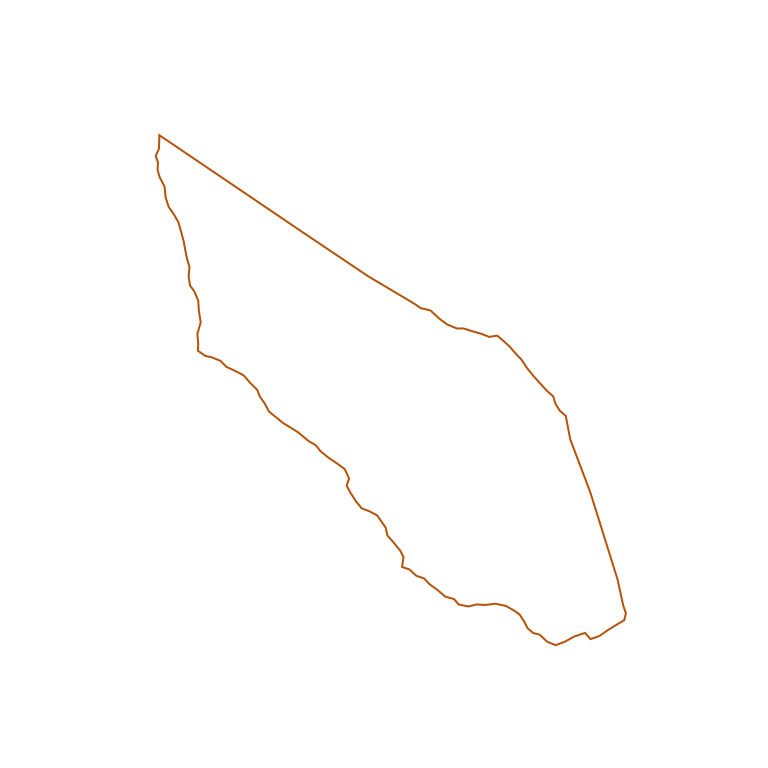 outline of Santanópolis, Bahia, Brazil, rotated 321°
{"feature_id": "56859067B97694187874287", "entity_name": "Santanópolis", "entity_type": "district", "adm_level": 2, "iso_a3": "BRA", "parent_name": "Brazil", "parent_adm1": "Bahia", "projection": "mercator", "projection_center": [-38.873, -11.961], "detail": "fine", "context": "isolated", "style": "outline", "palette": "amber", "viewbox_px": 768, "rotation_deg": 321, "n_neighbors": 0, "source": "geoboundaries", "source_scale": "gbopen_adm2", "svg_char_len": 1610}
<svg xmlns="http://www.w3.org/2000/svg" viewBox="0 0 768 768"><g transform="rotate(321 384 384)"><path d="M366.0,49.3L357.4,59.3L350.0,63.2L347.9,69.4L342.7,75.2L339.8,82.1L337.7,92.5L331.7,101.5L328.1,110.9L327.4,120.4L326.0,129.0L321.8,138.8L317.9,147.5L313.4,155.7L309.4,163.4L306.5,170.6L299.9,177.4L295.2,185.4L294.9,192.6L292.1,202.3L286.1,210.7L280.4,220.7L270.5,227.6L264.9,235.9L260.3,241.0L262.8,249.7L266.9,254.8L271.5,263.1L272.3,271.4L277.3,281.8L280.4,289.1L280.7,299.1L281.8,308.8L279.6,315.7L279.1,323.5L277.3,333.0L279.1,341.8L281.1,351.2L283.9,358.8L286.8,367.5L289.5,380.9L292.4,388.3L292.4,396.8L294.6,406.8L297.7,416.9L299.9,425.5L297.4,435.4L291.0,439.6L289.5,447.3L288.4,458.0L288.4,466.5L292.4,473.4L296.0,481.7L294.9,496.7L291.3,503.9L291.7,513.1L291.7,524.2L290.2,530.8L282.9,537.6L287.1,544.2L288.4,553.5L292.8,560.1L293.4,568.3L295.9,577.7L297.8,587.8L303.0,595.0L303.3,602.4L309.8,610.2L317.1,613.5L323.5,619.3L332.4,625.0L339.0,633.1L342.3,641.4L344.3,648.3L343.4,657.1L341.9,664.0L343.2,671.4L347.2,676.7L348.6,686.8L352.9,694.9L362.4,698.1L372.6,699.9L383.6,703.9L383.9,712.2L392.8,715.4L402.6,716.1L412.2,717.3L422.1,718.7L427.8,714.3L430.5,706.7L442.5,682.9L476.3,597.6L488.1,561.8L493.9,544.2L505.2,523.2L503.8,515.2L504.8,507.3L507.7,500.1L506.3,491.7L505.6,480.8L505.2,471.4L505.2,461.3L506.2,451.7L505.5,443.2L505.2,433.8L503.8,424.9L502.4,417.6L495.5,413.7L491.4,406.5L485.8,398.5L480.8,390.9L475.6,386.7L470.6,377.5L468.1,368.1L466.4,356.0L460.3,348.2L458.2,341.0L439.4,290.1L415.0,210.7L393.1,138.5L366.0,49.3Z" fill="none" stroke="#b45309" stroke-width="2"/></g></svg>